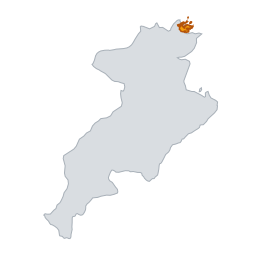 location of Ongjin, Hwanghae-namdo, North Korea, rotated 175°
{"feature_id": "82179303B18261928237919", "entity_name": "Ongjin", "entity_type": "district", "adm_level": 2, "iso_a3": "PRK", "parent_name": "North Korea", "parent_adm1": "Hwanghae-namdo", "projection": "orthographic", "projection_center": [125.207, 37.865], "detail": "fine", "context": "in_parent", "style": "filled", "palette": "amber", "viewbox_px": 256, "rotation_deg": 175, "n_neighbors": 0, "source": "geoboundaries", "source_scale": "gbopen_adm2", "svg_char_len": 6641}
<svg xmlns="http://www.w3.org/2000/svg" viewBox="0 0 256 256"><g transform="rotate(175 128 128)"><path d="M158.3,194.5L157.3,195.2L155.5,198.5L154.0,202.7L152.4,205.0L150.5,206.3L148.5,207.1L144.4,207.5L140.7,207.3L139.5,206.9L134.5,207.3L133.1,207.6L125.8,207.5L122.0,207.9L119.6,208.8L117.2,210.5L115.1,213.1L113.3,215.8L109.5,220.8L106.9,223.3L106.9,226.7L106.9,227.8L106.0,228.5L105.6,228.2L104.1,228.0L97.8,224.9L92.7,226.9L91.4,229.4L90.1,230.2L88.0,225.3L84.7,225.2L79.3,220.9L77.1,221.8L76.5,223.6L73.6,227.6L69.6,230.9L68.3,231.3L66.7,231.1L67.0,230.2L65.3,226.5L58.9,225.0L56.6,223.4L55.4,223.0L61.7,218.9L63.3,218.2L62.1,217.2L60.8,216.7L55.6,217.4L52.9,216.0L49.0,216.4L46.3,215.3L52.0,211.3L52.2,208.9L52.2,207.1L55.0,201.7L57.9,198.7L65.2,194.5L68.4,193.9L70.8,194.1L72.7,193.7L70.7,192.1L68.7,191.3L64.9,191.5L61.0,189.1L60.6,186.5L68.2,170.3L68.3,168.8L67.1,164.9L66.7,161.0L61.3,158.8L58.9,158.6L52.0,154.2L49.2,152.0L48.1,152.6L47.9,156.1L46.9,156.9L45.1,157.5L44.2,153.6L42.7,150.7L38.1,147.8L36.5,146.1L37.3,142.7L36.9,142.4L37.7,138.5L40.5,135.5L47.4,130.2L49.2,127.7L52.7,124.7L54.3,124.8L55.9,124.6L56.4,123.3L56.8,122.3L58.1,121.4L61.5,119.7L65.3,117.6L68.3,117.0L72.0,113.8L73.5,112.3L75.0,112.3L75.4,111.7L76.3,110.0L77.4,108.9L79.1,108.7L81.7,107.9L85.1,107.4L87.4,104.7L88.1,102.7L89.6,100.6L92.8,98.3L94.9,94.8L97.3,91.1L98.4,89.9L99.6,89.6L100.2,88.2L100.9,84.3L102.0,80.4L102.6,78.6L105.4,76.6L106.1,75.6L106.7,75.3L108.0,75.5L109.7,74.3L111.3,73.0L112.8,73.4L114.3,74.5L116.0,76.6L116.7,78.2L118.0,79.6L118.3,81.7L119.5,82.6L122.2,82.9L126.6,84.2L129.4,84.2L131.0,85.3L134.4,85.7L141.1,84.7L143.9,85.1L145.1,86.4L146.8,87.4L147.9,87.4L149.3,85.6L150.8,82.7L151.8,80.5L151.7,78.7L150.7,76.9L148.4,75.2L146.9,72.6L145.4,69.9L144.6,69.0L143.9,67.7L143.7,65.6L144.1,64.2L147.4,63.2L151.6,62.5L155.1,63.0L160.8,62.4L164.3,61.5L167.0,61.5L169.4,61.4L170.4,60.1L173.6,57.1L175.2,56.1L176.9,54.0L177.1,52.0L177.4,50.4L178.3,48.6L179.9,46.3L181.4,45.3L183.0,45.3L184.8,46.3L186.0,47.2L187.2,46.8L188.2,45.1L188.9,44.7L190.8,44.5L191.4,43.4L191.9,38.4L192.5,34.4L192.5,31.7L194.0,27.0L194.4,24.3L195.4,22.9L196.6,23.0L197.7,23.7L199.0,24.1L200.7,23.6L201.9,24.2L202.7,25.7L205.3,26.5L205.6,27.3L205.9,32.2L207.4,34.5L209.4,36.4L212.0,38.2L213.4,38.6L214.3,39.9L215.3,42.2L217.2,44.4L218.3,46.0L218.6,47.7L219.5,48.6L218.1,49.8L216.1,49.2L212.9,49.0L209.0,52.6L206.8,54.0L205.4,57.4L202.3,59.5L200.7,61.8L198.6,65.5L197.3,69.1L194.0,72.9L192.2,77.6L192.3,81.5L194.8,85.3L195.2,88.7L193.9,95.8L195.2,103.2L194.4,106.1L183.8,111.7L181.1,114.4L177.4,121.1L172.7,123.8L169.8,126.6L165.7,128.4L163.2,133.1L160.3,135.8L156.8,137.6L154.3,139.7L148.4,140.0L144.3,141.6L141.4,145.5L132.7,150.2L131.5,153.6L132.3,158.7L132.4,162.7L131.7,166.0L129.7,165.1L128.7,166.2L127.6,169.2L128.0,172.6L131.1,173.7L133.7,175.0L137.3,175.6L139.9,177.2L145.8,184.2L150.4,187.3L151.7,188.4L154.3,189.9L156.9,192.3L158.3,194.5ZM53.1,160.6L51.4,161.7L51.3,159.8L52.6,158.1L53.9,157.9L53.1,160.6Z" fill="#d9dde1" stroke="#a8b0b8" stroke-width="1"/><path d="M68.2,221.8L67.9,221.5L67.7,221.3L67.4,221.1L67.2,220.5L66.7,219.6L66.2,219.6L65.8,219.3L65.2,219.2L64.7,219.0L64.3,219.0L63.6,218.8L63.1,218.4L62.9,218.7L63.0,218.9L62.9,219.1L63.0,219.2L63.1,219.3L63.2,219.5L63.3,219.6L63.0,219.7L62.9,219.7L62.6,219.5L62.3,219.5L62.4,219.3L62.5,219.1L62.4,219.1L62.3,218.8L62.1,218.6L61.8,218.6L62.0,218.5L61.9,218.4L61.5,218.2L61.3,218.2L60.9,218.2L60.7,218.4L60.5,218.5L60.3,218.5L60.0,218.5L59.8,218.6L59.7,218.6L59.3,218.5L59.2,218.7L59.1,219.2L59.0,219.4L58.9,219.5L59.1,219.9L59.2,220.1L59.3,220.2L59.4,220.7L59.4,220.9L59.4,221.0L59.6,220.8L59.8,220.9L60.0,220.8L59.9,221.3L59.7,221.4L59.7,221.5L60.0,221.4L60.3,221.5L60.6,221.3L60.8,221.2L61.1,221.0L60.9,221.3L61.0,221.4L60.8,221.7L60.8,221.9L60.5,222.0L60.4,222.3L60.0,222.2L59.9,222.0L59.0,222.0L58.8,221.9L58.5,222.0L58.3,222.0L58.4,221.8L58.4,221.7L58.2,221.6L58.2,221.4L58.1,221.2L57.6,221.1L57.6,221.4L57.6,221.5L57.3,221.5L56.9,221.8L56.6,222.2L56.4,222.0L56.3,221.9L56.0,222.1L55.8,222.2L55.6,222.0L55.3,222.4L55.2,223.0L55.2,223.4L55.3,223.5L55.5,223.1L55.8,223.1L56.0,222.9L56.1,223.1L55.9,223.5L56.1,224.1L56.5,224.1L56.7,224.4L56.9,224.4L57.1,224.3L57.3,224.4L57.7,224.2L57.9,224.3L58.0,224.4L58.1,224.6L58.2,225.1L58.3,225.2L59.1,225.3L59.8,225.7L60.0,225.4L60.4,225.2L60.3,225.4L60.5,225.6L61.1,225.6L61.4,225.5L61.7,225.5L62.1,225.1L62.3,225.0L62.7,224.6L62.6,224.3L62.2,224.1L62.3,224.0L62.7,224.3L63.0,224.3L63.0,224.2L62.7,223.9L62.9,223.7L63.1,223.4L63.2,223.2L62.9,222.9L62.8,222.7L63.1,222.6L63.2,222.8L63.3,223.0L63.7,223.0L63.8,223.1L63.4,223.5L63.2,223.7L63.2,224.0L63.5,224.3L64.1,224.5L64.3,224.4L64.6,224.2L64.8,224.4L65.0,224.9L64.9,225.2L65.1,225.2L65.1,225.4L65.0,225.5L64.8,225.6L64.6,225.9L64.4,226.1L64.3,226.4L63.9,226.7L62.9,227.2L62.6,227.9L62.7,228.0L62.8,228.0L63.1,227.5L63.3,227.5L63.5,227.7L63.8,227.7L63.9,227.8L64.1,228.1L64.4,228.3L64.5,228.3L64.6,228.2L64.2,227.6L63.8,227.4L63.7,227.3L63.7,227.2L63.8,227.2L64.2,227.1L64.4,227.1L64.2,227.3L64.3,227.4L64.8,227.1L65.4,226.9L65.4,227.0L65.1,227.4L65.2,227.5L65.0,227.8L65.0,228.1L65.4,228.0L65.6,227.9L65.8,227.4L65.9,227.2L66.0,227.3L66.3,227.5L66.4,227.4L66.4,227.2L66.5,227.1L66.6,226.8L66.7,226.3L67.3,226.1L67.4,225.8L67.1,226.0L66.7,225.8L66.4,225.9L66.4,225.7L66.4,225.4L66.7,225.4L67.0,225.2L67.1,225.3L67.1,225.6L67.4,225.7L67.7,225.6L67.8,225.7L67.7,226.0L67.9,226.1L68.1,226.0L68.3,226.0L68.6,225.8L68.7,225.7L68.8,225.8L68.7,226.3L68.8,226.3L69.0,226.2L69.1,226.3L69.0,226.5L69.4,226.4L69.3,226.2L69.5,226.0L69.5,225.8L69.3,225.6L69.1,225.6L68.9,225.6L69.1,225.2L68.9,225.1L68.6,225.2L68.3,225.2L68.2,225.2L67.7,225.1L67.3,224.6L67.1,224.3L67.2,224.2L67.6,224.2L67.7,224.4L67.8,224.3L68.0,224.4L68.0,224.0L68.0,223.6L68.0,222.8L68.1,222.3L68.2,221.8ZM57.2,226.8L56.8,226.9L56.5,226.9L56.4,227.0L56.7,227.2L56.7,227.3L56.6,227.6L56.4,227.6L56.2,227.4L55.9,227.3L55.8,227.5L55.7,227.7L55.5,227.8L55.5,228.2L55.7,228.3L55.8,228.3L56.0,228.1L56.3,228.3L56.7,228.0L56.7,227.8L56.8,227.7L57.0,227.7L57.1,227.4L57.3,227.0L57.2,226.8ZM61.8,227.9L61.6,227.8L61.5,227.5L61.2,227.6L60.9,227.8L60.3,228.2L59.9,228.4L59.8,228.5L60.2,228.5L60.3,228.7L60.1,229.1L60.1,229.3L60.2,229.2L60.5,228.7L61.0,228.4L61.3,228.1L61.7,228.0L61.8,227.9ZM67.3,226.8L67.5,226.6L67.4,226.5L67.2,226.4L67.0,226.5L67.1,226.8L67.3,226.8ZM54.7,223.7L54.8,223.5L54.7,223.3L54.6,223.2L54.4,223.4L54.5,223.6L54.5,223.9L54.7,223.7ZM63.9,228.4L63.7,228.4L63.4,228.4L63.4,228.6L63.6,228.5L63.9,228.5L63.9,228.4ZM58.7,232.9L58.6,232.6L58.4,232.9L58.5,233.1L58.7,232.9Z" fill="#f59e0b" stroke="#b45309" stroke-width="1.5"/></g></svg>